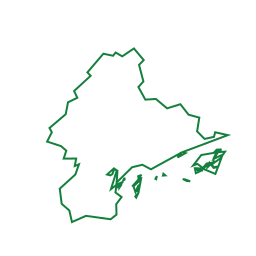 outline of Chandpur, Chittagong, Bangladesh, rotated 248°
{"feature_id": "16705992B70711841490613", "entity_name": "Chandpur", "entity_type": "district", "adm_level": 2, "iso_a3": "BGD", "parent_name": "Bangladesh", "parent_adm1": "Chittagong", "projection": "albers", "projection_center": [90.778, 23.244], "detail": "medium", "context": "isolated", "style": "outline", "palette": "green", "viewbox_px": 256, "rotation_deg": 248, "n_neighbors": 0, "source": "geoboundaries", "source_scale": "gbopen_adm2", "svg_char_len": 1827}
<svg xmlns="http://www.w3.org/2000/svg" viewBox="0 0 256 256"><g transform="rotate(248 128 128)"><path d="M97.3,42.0L82.5,38.1L73.5,42.7L61.8,40.8L62.3,56.1L49.9,77.7L52.0,84.9L61.7,88.5L66.4,96.2L72.9,92.2L79.6,96.0L77.7,89.3L92.6,101.5L95.3,100.1L91.1,96.2L90.7,93.9L92.7,91.2L95.8,99.8L92.3,102.2L81.7,97.0L90.1,117.1L88.5,127.6L81.1,133.8L85.2,168.6L82.1,162.9L83.2,172.0L85.2,169.6L84.0,217.9L91.4,207.2L87.6,204.4L89.2,194.9L99.0,190.8L110.9,198.0L117.7,189.1L130.4,185.5L131.6,171.6L144.5,164.7L147.8,154.7L162.1,153.0L165.4,159.7L182.4,161.9L185.1,168.0L199.5,163.3L196.6,149.5L202.6,144.8L200.6,141.2L206.1,133.0L194.8,111.2L190.4,112.9L182.5,91.9L175.0,92.3L174.3,82.0L164.1,75.4L157.4,55.2L152.6,55.8L145.7,47.9L136.3,59.1L130.1,62.3L123.7,56.9L119.1,68.5L112.7,64.4L112.7,68.9L104.6,61.8L97.3,42.0ZM68.8,174.3L68.7,178.9L62.8,182.5L65.6,187.6L64.0,194.5L67.6,195.8L72.2,200.9L75.5,185.8L68.8,174.3ZM58.2,196.9L58.9,192.5L63.3,191.1L61.8,187.0L64.9,189.2L62.0,182.4L52.7,191.8L58.2,196.9ZM65.6,203.7L63.0,192.5L59.6,192.3L58.6,197.4L65.6,203.7ZM69.7,209.1L71.9,202.4L67.3,196.2L67.8,205.4L65.6,202.7L69.7,209.1ZM71.9,111.2L65.7,110.9L70.3,115.5L70.7,116.6L66.2,112.8L65.1,114.1L75.4,120.7L71.9,111.2ZM77.9,121.6L72.2,109.9L75.7,119.3L77.9,121.6ZM62.3,182.1L65.8,174.9L60.9,180.8L62.3,182.1ZM80.0,103.3L79.8,97.0L77.3,96.3L80.0,103.3ZM65.1,174.8L60.7,174.0L60.9,178.4L65.1,174.8ZM79.4,123.0L79.5,119.4L78.0,119.0L79.4,123.0ZM64.2,113.7L61.8,109.1L60.4,109.5L64.2,113.7ZM73.1,206.7L74.7,202.1L73.7,200.0L72.7,203.3L73.1,206.7ZM70.1,144.8L72.3,143.7L70.8,142.6L70.1,144.8ZM70.0,134.9L72.6,136.8L70.6,134.4L70.0,134.9ZM55.3,165.7L58.9,161.7L60.2,159.7L56.9,162.6L55.3,165.7ZM81.4,105.4L83.1,106.3L80.9,103.4L81.4,105.4ZM75.7,97.4L78.3,101.2L76.3,97.6L75.7,97.4Z" fill="none" stroke="#15803d" stroke-width="2"/></g></svg>